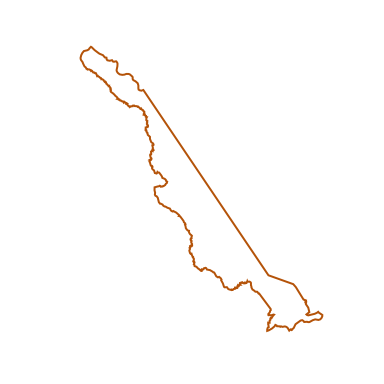 outline of Óbidos, Pará, Brazil, rotated 326°
{"feature_id": "56859067B10175344529781", "entity_name": "Óbidos", "entity_type": "district", "adm_level": 2, "iso_a3": "BRA", "parent_name": "Brazil", "parent_adm1": "Pará", "projection": "natural_earth1", "projection_center": [-55.806, 0.073], "detail": "fine", "context": "isolated", "style": "outline", "palette": "amber", "viewbox_px": 384, "rotation_deg": 326, "n_neighbors": 0, "source": "geoboundaries", "source_scale": "gbopen_adm2", "svg_char_len": 6007}
<svg xmlns="http://www.w3.org/2000/svg" viewBox="0 0 384 384"><g transform="rotate(326 192 192)"><path d="M208.7,80.2L206.7,79.7L205.4,78.3L205.0,77.2L205.6,75.9L207.1,73.7L207.8,71.5L207.1,68.7L205.9,66.4L206.0,65.1L206.9,63.8L207.1,63.1L206.3,59.9L205.6,58.8L203.6,57.4L201.6,56.9L199.7,55.9L197.8,54.0L197.1,51.8L197.1,50.1L197.6,48.8L200.4,46.1L202.0,44.0L202.3,43.1L202.3,41.4L201.4,40.8L200.3,40.5L199.5,39.8L199.4,38.0L197.2,37.2L195.5,35.5L195.4,34.4L196.2,32.8L195.0,31.7L194.7,28.8L192.6,25.6L191.9,23.7L190.6,19.9L189.8,15.9L189.4,15.1L187.5,15.5L186.0,16.1L184.3,15.9L181.2,14.7L178.9,15.4L176.7,16.6L174.7,18.4L174.1,19.4L173.8,20.6L173.9,23.4L173.6,24.2L173.1,27.8L173.6,29.3L173.4,30.9L174.0,31.4L173.9,32.1L175.2,32.7L175.8,33.7L175.9,34.9L176.4,34.7L176.7,36.0L176.9,36.0L176.9,37.6L177.7,38.1L178.0,38.6L177.8,38.9L178.4,39.9L178.7,39.9L178.6,41.3L178.1,42.9L178.9,43.1L178.9,43.9L179.5,44.7L179.7,46.1L180.2,46.5L179.9,47.8L180.4,47.9L181.0,48.9L181.3,49.9L181.1,50.2L181.2,51.2L181.9,51.8L182.0,52.2L181.4,52.5L181.9,53.4L181.5,54.2L181.8,54.6L181.8,55.9L182.2,56.9L182.0,57.6L182.4,57.7L182.2,57.9L182.6,58.6L182.6,59.9L182.4,60.2L182.6,60.5L182.3,61.1L181.8,61.1L181.7,61.8L181.3,62.3L181.5,62.5L180.9,63.0L180.8,63.8L181.9,66.6L181.8,66.9L182.2,68.1L182.1,68.8L182.8,71.3L182.9,72.8L182.2,73.0L182.7,73.4L182.6,73.9L182.9,74.5L183.3,74.3L183.6,74.6L183.5,75.6L183.9,76.0L183.8,76.3L184.4,76.7L184.8,78.0L185.4,78.2L185.7,78.8L185.5,79.6L186.4,79.4L186.5,79.7L186.1,80.1L187.4,81.5L187.5,81.7L187.3,81.9L187.0,81.7L186.7,82.2L187.7,82.9L187.2,83.3L187.4,85.2L188.0,85.9L187.9,86.3L188.2,86.2L188.7,86.9L189.1,86.7L190.8,87.7L191.2,87.3L191.5,87.4L192.5,88.1L192.5,88.7L194.4,90.1L194.5,91.0L195.1,91.2L195.0,91.5L195.5,92.4L195.7,94.4L195.9,94.6L196.5,94.4L196.5,95.8L197.1,96.5L196.9,97.5L197.3,98.2L197.3,99.1L196.1,99.8L196.2,100.7L195.2,101.0L195.8,101.8L196.2,101.7L196.0,102.6L196.4,103.1L195.8,103.8L196.5,104.7L195.6,105.1L194.3,106.8L194.7,108.2L193.7,108.8L193.6,109.7L192.6,110.3L192.5,111.3L192.8,112.0L192.3,112.9L191.8,113.2L191.5,112.6L190.5,113.1L189.7,112.6L188.2,114.6L188.7,115.0L188.7,115.4L187.9,116.4L188.2,117.9L187.7,118.5L187.8,118.8L187.3,119.9L188.0,122.7L186.8,124.6L186.1,127.9L186.9,130.0L186.7,131.1L186.3,131.5L185.2,131.1L184.2,133.7L183.0,134.6L183.7,135.3L183.5,135.8L182.6,135.5L182.2,136.1L181.7,135.4L180.6,135.6L179.4,137.8L178.9,138.0L178.4,137.6L177.9,137.9L177.1,139.9L177.2,141.5L176.6,142.2L176.0,142.4L175.5,141.7L174.7,141.7L175.1,142.4L173.7,143.0L173.7,143.8L172.7,146.7L172.7,147.3L173.4,147.9L173.5,148.3L173.4,148.7L173.1,148.5L172.1,150.1L172.0,151.1L172.6,152.9L171.8,155.5L173.0,156.9L173.5,156.8L174.5,156.1L174.6,156.8L175.6,157.5L175.8,161.1L175.7,162.6L175.3,163.7L176.7,165.8L177.1,167.2L176.7,168.1L177.2,169.6L176.1,170.5L175.0,170.5L173.7,171.2L171.6,171.2L171.4,170.9L170.4,170.9L169.8,170.4L169.2,170.3L169.2,169.5L168.8,168.8L167.8,168.8L166.9,168.3L163.6,167.2L161.9,169.6L161.0,172.0L159.7,173.5L159.6,174.7L160.3,175.8L160.4,177.6L158.8,182.0L159.0,183.9L159.5,184.1L160.6,186.0L160.5,187.1L161.1,188.6L161.9,189.3L162.8,191.3L164.4,193.4L164.2,195.4L164.4,196.3L165.1,197.4L165.8,197.3L167.4,200.2L168.4,204.1L168.3,204.6L167.8,204.7L168.5,205.5L168.6,206.6L168.8,211.3L168.4,212.5L168.8,214.2L168.5,215.2L167.9,215.2L167.6,216.5L166.7,218.5L166.7,220.3L167.1,221.8L167.8,222.5L167.3,223.0L166.9,224.1L166.8,226.0L167.3,227.3L167.4,228.3L166.2,229.2L165.9,230.1L165.4,230.3L164.8,230.0L164.3,230.4L164.0,231.3L164.3,232.4L163.9,232.8L163.4,232.9L163.1,233.5L163.0,235.2L162.3,236.0L162.1,236.6L161.3,236.8L161.1,236.6L160.9,235.7L160.1,235.7L159.5,236.9L158.7,237.0L158.6,238.0L157.0,239.1L156.2,241.5L156.3,242.6L157.1,242.8L156.5,244.7L156.4,245.9L156.6,246.3L156.1,246.7L156.3,247.9L156.1,248.7L155.1,249.6L155.0,250.2L154.8,249.9L154.3,250.1L154.1,252.3L153.1,253.0L153.3,253.5L152.7,254.9L153.9,256.5L154.2,258.7L154.6,259.5L155.4,262.5L155.9,262.9L156.2,262.7L156.6,261.6L156.9,261.5L157.8,262.4L158.3,262.5L159.2,261.9L160.8,262.4L161.2,263.1L161.0,264.6L163.2,266.8L164.6,269.7L164.7,270.5L165.4,271.2L165.0,275.5L165.8,277.3L167.0,277.5L167.6,279.6L167.5,281.1L166.8,281.5L166.5,285.1L165.5,288.5L165.8,289.3L167.7,290.4L167.8,292.7L168.5,293.8L169.1,294.3L169.8,295.3L170.3,295.2L170.3,295.6L170.9,296.0L172.3,295.7L173.3,296.2L174.0,295.5L174.3,296.1L174.8,295.8L175.4,296.7L175.9,296.9L176.3,296.6L176.2,296.3L176.5,296.3L176.8,295.6L177.1,295.7L177.6,295.3L177.6,295.9L178.2,295.8L178.3,296.1L179.2,295.8L179.4,295.4L180.2,295.9L180.1,295.3L180.7,294.5L181.0,294.9L181.7,294.6L182.1,294.9L182.3,294.6L183.2,294.9L183.3,295.9L183.8,296.6L184.3,296.5L184.5,296.9L184.8,296.7L185.1,297.2L185.4,297.0L185.7,297.6L186.2,297.9L186.8,297.3L187.4,297.4L188.0,296.9L187.9,297.5L189.6,298.5L190.1,299.7L190.0,300.4L188.7,302.3L188.5,303.4L187.9,304.4L187.6,306.7L188.2,307.9L188.8,310.1L190.3,311.2L190.4,313.5L190.9,313.7L191.8,333.0L191.2,334.0L190.5,334.1L189.1,335.3L187.1,335.8L186.5,336.7L186.5,336.9L187.7,337.5L188.4,338.4L191.1,339.2L191.4,339.6L189.7,340.0L187.5,341.0L187.0,340.4L186.5,340.5L185.9,341.0L185.6,341.8L184.4,342.1L183.2,343.8L182.1,342.9L181.1,344.4L181.1,345.0L180.4,345.9L180.1,346.9L178.9,346.9L177.6,347.9L176.7,349.2L178.2,349.6L182.0,349.9L185.4,349.5L186.8,348.8L187.5,350.0L187.4,350.8L189.7,352.5L189.8,353.1L190.7,353.2L191.6,354.4L193.7,355.3L194.4,356.0L194.9,356.8L195.3,358.2L195.1,361.3L196.9,361.0L197.2,361.1L197.3,362.1L198.0,362.2L198.8,361.8L200.3,361.6L203.9,359.5L210.2,359.3L211.7,359.9L212.3,361.2L212.3,362.5L214.8,363.9L215.5,364.8L216.6,365.5L220.4,365.8L222.9,366.5L225.3,368.8L227.2,369.3L229.1,368.8L230.5,367.9L231.3,366.8L229.7,363.0L229.6,361.9L228.0,362.0L225.6,361.6L219.4,359.3L218.6,358.3L218.4,357.5L222.1,357.2L223.7,352.9L223.7,348.6L224.4,347.6L224.2,347.0L224.7,346.7L225.0,347.2L225.4,346.7L225.1,345.6L225.7,345.9L225.9,345.7L224.3,343.4L224.9,328.9L224.4,325.0L208.8,303.8L208.7,80.2Z" fill="none" stroke="#b45309" stroke-width="2"/></g></svg>